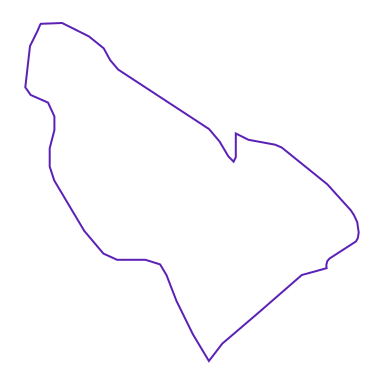 outline of Flintshire
{"feature_id": "GBR-2126", "entity_name": "Flintshire", "entity_type": "Unitary Authority (wales)", "adm_level": 1, "iso_a3": "GBR", "parent_name": "United Kingdom", "parent_adm1": "", "projection": "albers", "projection_center": [-3.16, 53.209], "detail": "fine", "context": "isolated", "style": "outline", "palette": "violet", "viewbox_px": 384, "rotation_deg": 0, "n_neighbors": 0, "source": "natural_earth", "source_scale": "10m", "svg_char_len": 736}
<svg xmlns="http://www.w3.org/2000/svg" viewBox="0 0 384 384"><path d="M235.8,133.5L248.5,139.8L275.2,144.7L281.7,147.5L327.3,184.3L350.8,210.3L354.0,215.2L357.2,222.1L358.7,232.4L357.9,237.9L356.0,241.4L329.7,258.4L327.3,261.1L326.3,265.2L326.6,268.2L326.2,268.3L301.8,275.0L258.0,313.1L222.3,343.6L208.9,361.0L193.0,334.5L176.5,301.0L166.5,275.1L160.1,264.4L145.4,259.8L131.7,259.8L117.1,259.8L103.4,253.6L84.2,230.8L64.2,197.2L54.2,180.4L49.7,166.6L49.7,148.3L54.4,130.1L54.4,116.4L48.0,102.6L30.7,95.0L25.3,87.3L30.0,46.1L37.4,31.2L40.2,24.7L40.8,23.8L62.1,23.0L88.9,36.4L103.7,48.3L110.2,60.2L118.2,69.6L209.1,129.1L219.5,141.4L228.3,156.3L233.6,161.7L235.8,157.1L235.8,133.5Z" fill="none" stroke="#5b21b6" stroke-width="2"/></svg>